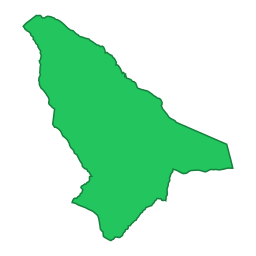 outline of Cidelândia, Maranhão, Brazil
{"feature_id": "56859067B11209139502927", "entity_name": "Cidelândia", "entity_type": "district", "adm_level": 2, "iso_a3": "BRA", "parent_name": "Brazil", "parent_adm1": "Maranhão", "projection": "albers", "projection_center": [-47.853, -5.056], "detail": "fine", "context": "isolated", "style": "filled", "palette": "green", "viewbox_px": 256, "rotation_deg": 0, "n_neighbors": 0, "source": "geoboundaries", "source_scale": "gbopen_adm2", "svg_char_len": 3400}
<svg xmlns="http://www.w3.org/2000/svg" viewBox="0 0 256 256"><path d="M23.2,26.3L24.2,27.6L25.0,29.1L27.2,30.9L29.2,32.0L30.6,33.5L30.8,35.1L32.1,36.3L33.4,37.4L33.1,39.2L34.6,40.7L36.1,43.7L37.7,44.9L37.8,46.2L38.2,47.3L39.0,48.6L40.7,51.1L40.2,52.8L41.2,55.2L41.0,57.1L40.6,58.6L40.3,60.0L39.2,60.9L39.6,62.1L40.2,63.6L40.7,64.6L40.1,67.3L40.1,68.9L39.8,72.9L40.4,75.0L39.5,76.6L38.9,78.2L38.8,80.8L39.5,82.5L39.3,83.8L39.5,85.0L40.3,86.6L41.1,88.2L43.2,90.0L46.1,93.8L46.9,95.3L48.0,96.7L49.2,99.5L48.7,102.6L48.9,103.9L49.7,104.8L50.7,105.6L51.5,106.7L53.2,108.1L54.6,108.9L52.7,124.1L54.6,127.3L55.7,127.1L58.6,129.0L60.7,131.2L62.8,135.9L66.0,138.4L67.6,140.3L69.3,143.5L69.5,144.8L70.7,147.5L73.3,150.0L73.9,151.3L74.4,153.2L76.9,154.8L79.7,160.4L81.1,162.6L82.1,163.9L82.2,165.9L83.2,167.3L85.0,168.8L86.8,169.2L87.7,171.3L88.9,171.9L90.9,175.2L91.8,176.4L89.6,176.5L89.4,178.2L89.6,180.0L88.7,181.7L87.0,182.5L85.9,184.1L84.6,184.1L83.3,185.2L81.4,186.2L80.9,187.6L82.8,189.6L81.8,192.8L80.4,193.6L79.9,195.4L77.8,196.9L76.6,198.3L74.9,198.2L73.7,198.9L73.1,199.9L72.5,201.0L72.1,202.6L75.6,203.3L76.5,204.0L79.1,205.3L85.0,207.5L86.7,208.3L88.2,209.2L92.8,211.2L94.9,213.0L97.2,215.0L98.0,216.2L98.8,218.8L99.3,221.7L99.8,224.6L100.2,227.4L100.4,229.3L101.5,230.6L103.1,232.1L103.1,234.1L103.4,236.3L104.6,237.3L105.7,237.9L107.1,238.7L109.0,239.8L110.8,240.6L112.6,239.5L113.7,239.0L114.9,237.2L116.8,237.0L118.3,237.4L119.8,237.5L120.9,236.6L122.5,235.5L123.0,233.7L123.6,232.6L125.0,231.5L125.5,229.6L127.4,229.2L128.2,228.1L128.2,226.0L130.3,225.6L131.7,223.5L133.1,222.4L134.2,221.0L136.2,220.1L137.0,218.3L138.1,217.2L139.2,215.6L139.9,214.5L140.9,213.2L142.4,212.3L143.0,210.7L145.2,209.3L145.9,207.5L148.6,206.6L150.6,205.8L151.7,205.6L152.5,204.1L153.6,203.3L154.9,200.9L156.0,200.2L156.9,198.5L161.2,198.9L161.7,200.2L162.9,200.5L164.8,200.3L165.8,200.7L166.1,198.5L166.0,196.8L167.2,195.0L167.2,192.0L167.0,189.4L168.2,185.3L168.4,183.1L169.8,180.5L169.5,178.0L170.4,176.0L170.6,174.5L172.8,171.4L173.1,169.1L176.6,170.3L181.4,172.9L183.4,173.6L186.0,173.3L187.5,172.6L190.0,170.7L194.0,170.3L198.5,170.1L202.3,171.0L204.2,171.7L206.1,171.7L210.0,169.7L211.3,169.5L213.9,169.7L215.8,169.4L218.6,169.9L220.3,169.8L224.7,168.9L227.7,168.1L232.8,168.2L230.4,158.3L229.4,154.8L228.2,149.9L226.7,144.3L176.3,122.4L175.0,120.8L173.7,120.0L171.2,118.8L169.0,117.3L166.9,114.1L164.5,111.2L162.5,108.7L161.3,105.5L162.0,104.5L162.1,102.5L160.9,99.8L159.5,98.5L157.4,98.2L156.6,97.4L155.4,96.5L153.6,95.6L152.6,94.5L149.1,92.0L147.4,91.0L143.2,89.9L141.1,89.4L139.5,88.7L138.1,88.3L137.2,87.6L136.9,86.4L136.2,84.6L135.7,83.1L134.1,81.7L132.2,81.4L131.2,79.9L129.9,79.2L128.4,78.6L126.6,78.2L125.9,76.0L124.7,76.6L124.7,75.5L125.6,74.2L124.2,73.3L123.2,72.5L122.3,73.4L120.3,68.5L119.5,67.5L118.8,66.2L117.6,65.0L115.8,64.9L116.4,62.4L115.7,61.2L115.1,59.8L114.3,58.4L113.0,57.5L111.9,55.5L109.5,54.5L106.9,52.4L105.3,53.0L105.0,50.8L104.5,49.1L103.6,47.2L102.5,46.2L100.3,46.5L98.7,45.2L97.0,45.0L94.2,43.0L93.0,42.1L91.4,41.1L89.9,40.2L88.9,39.0L84.9,38.1L82.7,37.2L80.3,36.6L79.0,36.0L78.1,34.8L76.3,34.0L73.1,30.7L70.5,30.1L67.7,28.1L64.1,24.5L61.8,22.5L59.7,20.9L57.3,19.7L55.5,19.4L54.2,18.0L52.5,17.5L51.3,16.9L47.8,16.2L46.0,16.9L45.1,17.7L43.5,18.1L41.9,17.5L41.4,16.3L40.0,15.4L37.6,15.6L36.4,15.4L25.9,23.4L23.2,26.3Z" fill="#22c55e" stroke="#15803d" stroke-width="1.5"/></svg>